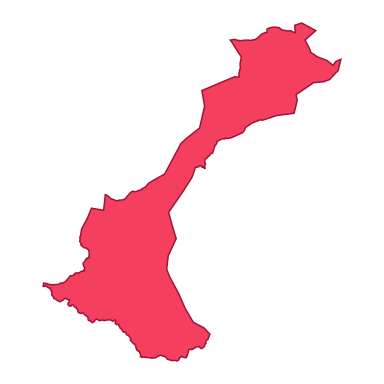 Sagsai, Bayan-Ölgiy, Mongolia
{"feature_id": "93677404B38379350296710", "entity_name": "Sagsai", "entity_type": "district", "adm_level": 2, "iso_a3": "MNG", "parent_name": "Mongolia", "parent_adm1": "Bayan-Ölgiy", "projection": "mercator", "projection_center": [88.996, 48.517], "detail": "fine", "context": "isolated", "style": "filled", "palette": "rose", "viewbox_px": 384, "rotation_deg": 0, "n_neighbors": 0, "source": "geoboundaries", "source_scale": "gbopen_adm2", "svg_char_len": 5867}
<svg xmlns="http://www.w3.org/2000/svg" viewBox="0 0 384 384"><path d="M191.8,177.7L193.7,172.7L195.4,167.3L196.3,167.4L197.0,167.0L198.4,167.1L199.1,166.2L200.3,165.7L200.8,165.8L201.5,166.2L201.5,166.9L202.3,167.0L202.7,167.3L203.5,167.1L203.9,167.9L204.7,168.5L205.1,168.4L204.6,166.1L204.7,165.6L205.3,164.7L205.5,164.1L204.9,162.5L204.8,161.7L205.0,159.9L205.3,159.1L207.1,157.9L207.7,157.1L208.9,156.1L209.6,155.2L211.4,153.4L212.7,153.0L214.7,146.2L216.5,143.9L217.0,141.9L217.7,141.1L221.9,138.8L224.5,139.0L225.3,138.6L225.5,138.1L226.0,138.1L227.2,138.6L231.8,137.6L242.3,132.8L242.8,132.5L244.8,129.7L245.3,127.6L252.3,122.9L260.4,119.8L262.7,120.2L276.7,115.5L294.1,113.3L297.2,100.4L296.1,94.6L313.7,82.6L323.4,81.8L329.5,79.6L338.2,70.4L340.9,59.3L335.6,61.6L333.1,65.4L327.0,60.5L317.3,56.8L310.6,52.3L310.3,50.3L305.1,40.1L305.7,39.4L315.8,30.6L301.6,23.0L294.7,25.3L295.3,32.6L294.4,32.6L292.7,31.9L291.3,31.1L291.0,30.8L288.1,30.9L282.2,30.0L278.9,27.6L275.9,27.2L271.7,27.3L267.2,28.8L266.9,32.2L262.9,33.5L261.4,34.3L258.1,37.6L255.1,39.6L252.4,40.0L251.4,40.3L245.3,40.1L241.4,40.6L239.9,40.7L238.5,40.3L237.1,40.3L236.5,40.1L235.7,39.5L234.7,39.4L230.3,40.1L231.9,42.1L236.0,48.8L241.3,56.9L240.0,64.5L240.2,66.4L240.4,67.0L240.4,67.3L240.3,67.5L240.2,68.5L240.2,68.9L239.5,70.2L239.4,71.9L239.3,72.8L238.8,73.9L239.0,75.3L239.3,76.2L239.3,76.7L238.7,77.1L234.6,76.8L234.3,76.9L233.4,77.3L233.1,77.6L232.1,77.8L201.9,90.5L204.6,106.2L199.6,128.0L186.2,138.6L180.9,143.6L164.6,174.1L155.3,179.2L148.6,183.2L147.8,184.2L145.3,187.1L143.3,188.2L142.0,188.7L141.8,189.6L138.8,190.4L136.1,191.7L133.9,191.5L133.1,191.1L131.4,191.9L130.6,192.7L129.9,193.1L128.6,194.8L127.9,195.4L125.3,198.8L122.4,200.0L119.3,200.1L117.6,200.7L115.8,200.6L113.3,199.4L111.3,199.0L110.1,197.9L107.8,195.8L106.2,194.9L105.2,194.7L105.1,197.1L103.6,210.3L91.5,208.2L87.5,218.0L81.6,228.9L80.5,235.8L80.1,236.7L79.9,237.5L80.1,239.9L79.7,241.1L79.9,241.9L80.6,242.7L81.5,244.4L81.5,244.5L80.9,244.7L81.1,245.2L81.6,245.8L83.7,247.4L84.3,247.9L86.1,247.9L87.1,249.0L88.2,249.4L88.8,250.4L88.7,250.8L89.1,251.5L89.3,252.7L89.1,253.3L89.3,254.4L88.9,256.2L88.9,257.2L88.8,257.5L88.3,258.0L87.9,257.9L87.3,258.2L87.2,258.5L87.0,258.3L86.5,258.4L85.8,259.3L85.1,260.9L84.4,261.8L83.2,263.1L83.1,263.8L83.4,264.7L83.4,265.6L83.8,266.5L84.5,267.0L84.7,267.4L84.7,268.0L84.6,268.8L84.0,269.7L84.5,269.9L84.5,270.6L84.3,270.9L83.4,271.2L82.5,271.0L81.9,271.1L78.8,272.9L77.6,272.8L76.3,273.1L75.4,273.0L75.0,273.8L74.3,274.0L74.2,274.7L73.6,274.9L72.7,275.6L72.2,275.7L70.6,275.6L69.7,276.3L69.1,277.4L65.4,281.7L63.4,282.5L62.7,283.3L62.1,283.3L61.6,282.9L60.3,283.2L59.0,284.2L57.7,284.5L53.2,284.6L52.2,284.9L50.7,284.7L49.6,284.3L48.2,284.2L46.8,283.5L43.6,283.0L43.4,283.4L43.5,284.7L43.1,285.9L43.1,286.2L43.2,286.4L43.5,286.5L46.1,285.9L47.0,286.6L47.3,287.1L47.7,287.4L48.9,288.0L49.9,287.9L50.2,289.1L50.6,289.9L51.7,290.4L51.4,291.0L51.4,291.4L51.7,291.9L51.7,292.5L52.1,293.3L51.7,294.4L51.7,294.7L52.1,295.5L53.5,297.1L53.7,298.2L54.5,298.7L55.3,299.0L55.7,299.0L56.0,299.5L58.6,301.2L59.9,301.7L60.6,301.6L61.8,300.5L63.2,300.1L63.7,299.6L64.3,298.7L65.3,298.3L67.2,299.4L68.4,299.7L69.6,299.8L68.9,302.2L68.3,302.7L68.1,303.1L67.9,304.2L68.2,305.0L69.3,306.0L70.9,306.1L71.2,305.9L71.6,305.2L72.8,304.6L73.0,304.6L73.3,304.9L74.3,306.8L74.7,307.0L75.7,307.0L75.9,307.1L76.0,307.5L76.1,308.1L76.3,308.6L77.3,309.3L78.0,310.5L77.8,311.3L78.2,312.3L78.9,312.6L79.4,312.7L79.9,313.3L80.6,313.4L81.5,313.4L82.9,312.7L84.3,314.5L85.1,314.9L85.6,315.6L86.6,315.8L87.0,316.6L88.1,317.3L88.0,318.8L88.1,319.7L88.5,320.4L89.2,320.7L90.5,320.5L90.8,321.4L91.9,322.6L93.0,322.5L93.8,321.7L94.5,321.5L94.7,320.5L94.9,320.2L96.2,319.2L97.7,319.5L99.1,320.6L99.8,320.7L101.6,320.1L102.3,320.1L104.5,320.6L106.6,320.2L108.0,319.7L108.7,320.0L110.3,319.8L112.5,321.2L112.8,321.3L113.1,321.2L115.1,319.8L115.4,320.2L115.3,320.6L115.6,321.0L115.6,321.6L115.4,321.9L115.6,322.0L115.5,322.5L115.3,322.6L115.2,322.9L115.4,323.2L115.6,323.9L116.3,324.0L116.8,324.6L117.7,324.3L118.1,324.7L118.3,324.5L118.7,325.1L119.1,326.4L119.9,327.0L120.1,328.2L121.0,328.7L122.0,329.7L122.3,330.7L122.6,331.3L123.2,331.8L124.2,332.2L125.8,332.1L126.2,332.8L126.1,334.3L127.2,335.0L128.4,335.4L128.6,335.9L129.7,337.0L130.1,337.8L130.5,338.0L130.5,338.8L130.3,339.7L130.3,340.0L131.0,340.7L131.2,341.5L132.0,341.9L133.1,343.3L133.7,343.8L134.4,344.1L135.2,345.1L135.9,346.4L135.9,347.5L136.2,347.9L136.3,348.8L136.9,350.1L137.6,350.7L138.9,351.5L139.2,351.5L139.1,351.8L139.2,351.7L139.6,352.3L139.8,353.2L140.1,353.5L140.4,354.1L140.9,356.1L140.6,356.5L140.9,356.5L140.9,356.8L141.3,357.0L141.6,357.3L142.8,357.3L144.0,357.0L144.6,357.3L145.6,357.3L147.4,357.6L148.8,357.5L150.6,358.0L152.1,358.2L154.1,357.7L155.1,357.9L156.4,357.3L156.7,356.9L157.2,356.5L157.7,356.6L158.3,356.4L159.4,355.5L161.0,355.1L161.9,355.8L163.0,355.7L163.3,356.2L164.1,356.6L165.1,356.5L165.7,357.2L166.3,357.6L167.1,358.9L167.6,359.3L168.5,359.6L170.5,360.1L171.5,360.6L173.2,360.5L174.0,360.6L174.8,360.4L175.9,360.6L176.9,361.0L178.6,360.1L179.4,358.4L179.5,357.9L180.5,357.4L181.5,356.2L182.4,356.9L183.2,357.2L184.1,357.3L184.6,357.7L185.2,357.5L186.4,357.5L186.8,356.2L187.4,355.4L187.3,354.7L187.8,353.8L187.8,353.2L188.3,351.8L188.3,350.9L188.6,350.7L188.6,350.1L189.6,349.2L191.2,349.5L191.8,349.4L192.1,349.0L192.3,349.2L192.8,349.2L194.5,348.3L194.7,347.9L196.4,346.9L196.7,347.0L197.5,346.9L198.6,346.6L199.4,346.7L199.7,347.4L200.3,348.0L201.7,348.6L202.1,348.3L203.3,347.3L204.0,346.9L204.6,346.3L204.7,345.7L205.1,344.4L205.4,343.7L206.0,343.3L205.8,341.7L206.0,340.8L206.3,340.3L207.7,339.8L209.9,334.2L204.0,327.9L193.3,322.3L185.3,308.7L178.5,293.2L169.9,277.3L166.7,269.4L168.2,255.8L176.2,238.7L172.6,226.9L168.6,212.3L183.1,191.4L191.8,177.7Z" fill="#f43f5e" stroke="#9f1239" stroke-width="1.5"/></svg>